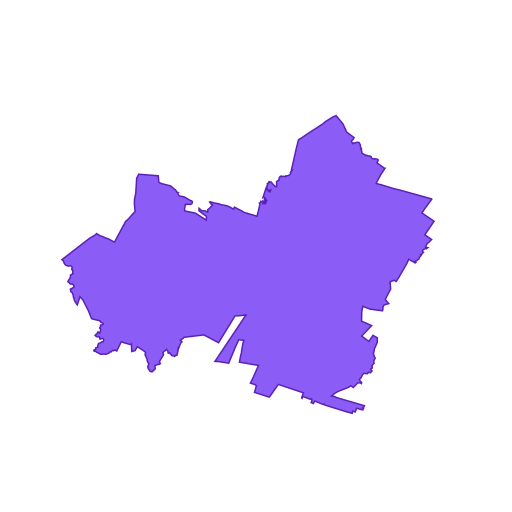 the district of Santa Cruz de Juventino Rosas, Guanajuato, Mexico, rotated 299°
{"feature_id": "50627088B19431781026886", "entity_name": "Santa Cruz de Juventino Rosas", "entity_type": "district", "adm_level": 2, "iso_a3": "MEX", "parent_name": "Mexico", "parent_adm1": "Guanajuato", "projection": "albers", "projection_center": [-101.006, 20.683], "detail": "fine", "context": "isolated", "style": "filled", "palette": "violet", "viewbox_px": 512, "rotation_deg": 299, "n_neighbors": 0, "source": "geoboundaries", "source_scale": "gbopen_adm2", "svg_char_len": 6122}
<svg xmlns="http://www.w3.org/2000/svg" viewBox="0 0 512 512"><g transform="rotate(299 256 256)"><path d="M252.6,120.4L246.5,122.3L242.4,124.5L236.5,128.6L226.3,126.4L223.1,125.2L199.5,125.5L199.4,118.3L199.2,117.6L198.2,109.8L198.3,105.6L196.9,105.4L190.7,101.8L158.7,88.0L158.5,89.5L156.4,92.2L155.7,94.0L156.3,97.2L156.9,97.4L157.5,98.6L157.6,99.5L157.1,100.5L156.4,101.0L155.2,101.1L154.8,101.5L154.9,102.7L153.0,103.5L152.0,104.6L151.5,104.0L150.8,104.0L149.4,103.0L148.6,103.5L146.6,104.0L142.5,103.8L142.2,104.3L142.3,104.9L141.4,107.1L142.5,109.1L142.1,110.6L141.4,111.1L140.9,111.9L139.1,111.2L137.6,110.0L136.9,109.7L136.2,110.6L135.3,111.1L134.9,111.8L134.9,112.9L133.3,114.9L131.4,116.3L131.2,116.8L128.7,119.2L127.8,121.4L127.2,121.8L126.6,123.4L135.1,121.8L133.6,126.0L126.7,136.2L121.5,142.5L121.6,143.4L123.7,151.0L123.1,151.6L122.7,152.7L123.1,154.0L122.8,155.2L122.1,155.4L121.5,155.2L120.3,153.6L119.9,153.6L118.5,154.4L117.6,154.1L117.0,154.3L116.9,155.2L116.2,156.0L112.7,156.6L112.7,155.7L113.1,154.6L111.0,154.5L108.6,153.7L108.1,155.6L108.8,157.2L109.3,157.5L109.4,158.2L108.3,159.4L107.7,159.5L107.8,159.8L108.1,160.4L109.5,161.7L109.7,162.3L109.1,163.3L107.4,163.8L106.7,163.8L106.2,162.8L104.0,161.6L103.1,160.7L101.1,161.0L99.3,161.8L98.1,160.4L96.6,160.9L96.2,160.8L96.2,160.6L95.0,159.8L94.4,160.4L94.7,160.8L94.4,161.0L94.9,162.0L94.6,163.1L94.8,165.4L94.6,167.0L94.9,168.2L96.5,170.4L97.2,172.3L99.9,174.6L100.8,174.4L101.1,174.5L101.7,175.7L103.3,176.1L103.9,176.4L104.1,177.4L105.3,177.8L105.4,180.3L115.7,179.7L116.3,183.5L117.5,188.5L117.9,189.4L118.7,189.7L112.2,193.6L114.6,196.1L119.1,196.2L118.9,201.2L118.3,206.1L116.0,206.7L112.6,211.2L111.4,211.7L111.0,212.6L110.2,213.4L109.9,214.4L109.5,214.7L106.6,214.9L106.0,215.9L105.5,216.1L103.7,219.4L104.3,221.3L108.4,222.6L111.2,220.6L112.1,221.6L113.4,222.4L114.2,223.9L115.6,224.5L116.7,222.7L124.9,223.0L126.1,221.6L127.9,221.7L129.0,222.4L131.0,223.0L130.0,225.1L128.5,226.2L128.7,226.7L129.3,227.1L129.5,227.5L128.8,228.5L128.8,229.7L128.0,230.4L128.8,232.9L128.7,233.5L130.4,234.0L130.6,234.2L130.8,235.0L136.1,233.5L136.7,232.7L137.8,233.2L138.2,233.1L138.5,232.5L139.4,233.0L140.5,232.6L143.3,232.5L144.1,232.5L144.9,232.9L145.2,232.8L145.8,230.6L148.4,232.1L150.1,232.6L161.7,248.7L162.0,265.3L193.5,266.7L195.0,269.4L199.5,275.8L143.9,271.2L145.7,274.9L149.0,284.1L165.0,282.3L174.4,281.5L176.3,286.2L172.2,287.2L168.3,288.7L166.3,289.2L164.4,290.2L162.0,290.7L155.1,293.0L161.5,311.2L147.5,312.5L142.1,312.7L143.0,317.3L142.8,319.2L136.0,320.8L139.0,336.1L154.5,337.8L159.3,363.8L154.0,364.7L153.8,365.3L155.0,365.2L156.0,365.5L156.9,372.7L158.0,373.8L157.1,374.8L154.5,375.3L154.7,377.7L157.6,377.7L158.7,386.8L159.5,387.2L159.1,387.6L159.0,388.3L163.5,410.2L165.0,416.4L167.1,415.7L167.7,418.4L171.6,417.9L173.1,424.0L175.1,423.9L175.0,423.0L176.0,423.4L177.6,423.4L171.3,395.3L171.2,393.2L170.2,390.1L173.8,391.3L177.3,393.4L186.1,400.7L188.5,401.9L188.2,404.9L194.4,406.5L195.6,408.9L195.5,410.0L196.5,409.8L197.5,406.9L198.0,406.4L198.8,406.4L199.8,406.9L203.9,406.8L205.7,407.2L207.0,410.5L208.8,410.6L209.3,412.7L211.7,413.2L212.5,411.3L213.3,411.2L214.1,411.9L214.5,411.9L215.3,411.5L216.4,410.5L219.2,411.2L219.5,411.2L219.6,410.9L221.8,409.8L224.4,409.8L226.1,407.5L227.9,405.8L229.2,405.7L231.2,405.0L231.8,404.6L239.0,404.0L243.3,401.8L243.3,396.8L236.0,396.1L237.2,387.2L251.2,390.9L250.2,379.9L258.4,375.6L263.8,373.8L264.8,381.5L269.4,393.2L270.5,393.0L272.9,391.8L275.4,391.8L278.7,395.2L280.3,391.0L280.9,390.1L292.4,389.8L298.4,385.8L301.8,388.6L301.6,390.9L306.3,391.3L322.7,391.6L327.2,391.1L327.1,398.6L328.0,399.0L328.4,398.7L328.5,397.7L330.2,398.9L332.6,400.0L333.8,399.7L336.8,400.1L336.9,399.4L338.3,400.2L340.5,400.6L340.5,399.7L341.1,399.1L342.8,399.2L343.5,399.8L344.5,400.1L344.5,400.6L345.0,400.9L344.9,401.5L346.6,402.2L345.8,400.1L349.0,399.6L349.9,399.7L351.8,400.6L355.6,401.6L356.4,393.4L372.7,394.9L374.1,380.3L379.3,380.7L390.9,382.2L391.1,381.9L383.4,349.9L381.8,344.1L379.1,331.4L377.7,326.1L377.9,325.8L388.0,325.7L395.2,326.3L395.0,326.0L396.1,316.6L398.2,316.6L399.1,316.4L399.6,315.7L398.6,312.3L397.9,312.2L397.5,310.2L397.8,309.3L398.7,308.6L398.7,307.2L397.9,305.5L397.8,304.0L397.1,303.4L397.3,303.2L397.3,298.9L400.3,296.5L400.3,295.9L401.2,296.0L401.6,295.1L402.4,294.3L404.0,293.1L405.2,291.0L404.4,289.1L402.7,287.6L402.2,286.5L401.2,286.3L402.1,284.4L402.9,283.8L405.6,284.5L407.1,284.4L408.3,275.5L408.0,275.7L413.7,268.0L417.6,258.0L414.7,255.7L407.3,251.6L404.0,250.4L385.9,240.8L382.5,239.2L378.3,236.8L369.6,239.1L348.4,245.3L348.7,246.1L345.8,245.5L345.0,246.4L343.4,246.1L342.0,245.2L340.5,243.3L340.0,243.6L339.1,241.5L337.7,239.6L338.1,239.2L337.3,238.6L336.0,238.4L334.1,238.9L333.7,239.3L331.1,237.9L328.6,239.2L327.5,240.1L326.5,240.3L326.2,239.1L326.9,236.2L327.9,233.8L328.0,233.1L327.5,232.4L327.5,231.4L325.9,231.3L326.0,231.6L324.8,230.9L324.6,231.6L323.1,231.4L321.2,232.3L319.8,233.3L319.2,235.2L319.3,235.9L321.0,236.3L321.2,236.7L318.8,237.1L318.7,235.7L319.0,234.4L319.4,232.7L320.0,231.9L310.3,233.8L311.3,234.9L311.3,235.7L311.1,236.3L310.1,237.1L310.0,238.4L309.4,238.5L309.7,236.8L310.2,236.3L310.1,235.9L309.6,236.1L308.8,236.0L308.5,236.3L308.5,236.8L308.7,237.4L308.6,238.0L308.9,238.6L306.3,238.9L304.8,236.0L306.8,237.9L307.7,238.0L307.4,236.7L307.0,236.2L307.2,235.1L306.6,235.1L306.4,234.9L306.2,233.7L305.3,234.1L304.1,233.4L304.1,233.9L300.5,235.1L291.3,237.6L288.3,224.1L288.5,222.6L288.3,213.5L286.0,213.4L286.2,210.4L285.9,206.8L285.1,203.7L284.2,201.5L283.6,198.0L282.2,194.0L281.3,189.8L280.7,189.3L279.6,191.7L279.3,193.3L274.7,192.0L273.1,191.3L271.2,192.6L270.9,192.3L270.9,189.8L269.3,186.7L270.1,183.1L267.9,184.2L267.0,189.9L266.7,193.4L263.3,195.1L264.1,182.2L260.9,171.9L262.9,170.5L267.1,169.2L267.4,170.4L267.9,170.7L269.3,173.7L270.8,174.6L272.5,174.2L273.1,172.9L272.7,171.9L272.9,164.6L271.3,159.7L273.4,156.4L273.6,156.6L273.5,156.1L274.9,153.3L274.8,152.7L275.9,147.3L273.7,138.9L273.3,136.4L273.5,135.2L278.8,131.6L270.7,113.8L266.2,113.9L252.6,120.4Z" fill="#8b5cf6" stroke="#5b21b6" stroke-width="1.5"/></g></svg>